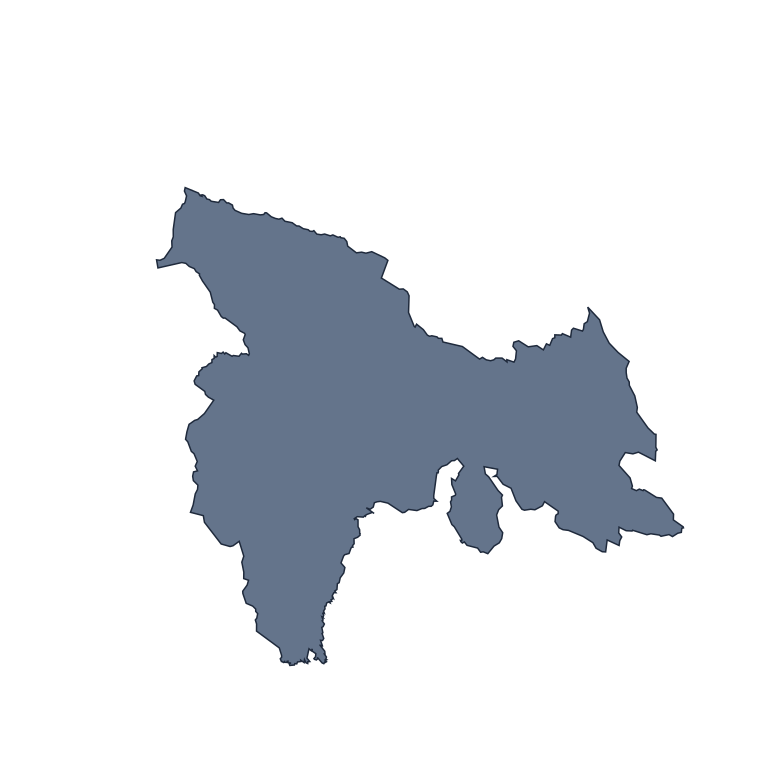 the district of Buncrana Lea-5, Donegal, Ireland, rotated 244°
{"feature_id": "5873133B98241361012994", "entity_name": "Buncrana Lea-5", "entity_type": "district", "adm_level": 2, "iso_a3": "IRL", "parent_name": "Ireland", "parent_adm1": "Donegal", "projection": "equal_earth", "projection_center": [-7.424, 55.085], "detail": "fine", "context": "isolated", "style": "filled", "palette": "slate", "viewbox_px": 768, "rotation_deg": 244, "n_neighbors": 0, "source": "geoboundaries", "source_scale": "gbopen_adm2", "svg_char_len": 6171}
<svg xmlns="http://www.w3.org/2000/svg" viewBox="0 0 768 768"><g transform="rotate(244 384 384)"><path d="M296.8,614.2L309.8,608.2L322.0,604.3L334.7,603.9L347.2,605.9L363.8,600.8L357.6,599.8L350.9,594.1L350.4,590.3L345.7,587.2L344.6,585.6L351.1,578.7L350.2,576.2L344.3,572.3L351.1,566.4L350.2,564.9L353.3,559.1L350.7,557.8L350.9,555.4L346.1,549.9L348.9,547.6L344.8,542.2L351.5,538.2L354.2,529.9L363.8,524.0L364.6,519.0L361.3,516.4L355.8,517.6L348.8,513.2L346.7,510.4L352.0,505.1L349.9,504.2L355.5,501.5L358.3,495.8L357.6,493.3L358.2,490.0L360.9,486.5L364.8,484.2L364.5,480.8L383.3,470.9L395.9,455.4L399.7,456.0L401.2,452.9L403.1,452.3L406.4,448.1L406.9,445.9L408.9,444.4L415.6,443.2L423.5,439.5L421.5,436.9L422.6,436.4L437.5,437.4L452.3,445.2L456.6,445.3L461.0,443.0L462.5,439.3L480.4,428.1L493.4,441.7L497.0,440.0L508.3,431.0L509.5,425.1L512.3,421.7L514.0,416.7L523.8,411.8L528.3,413.0L532.4,412.1L534.4,409.3L535.5,409.2L536.0,407.0L540.4,403.4L540.7,400.7L544.8,396.4L545.7,392.9L548.2,389.3L552.6,388.2L552.5,386.6L553.9,384.3L555.9,383.5L559.0,379.5L563.2,376.9L564.4,374.7L569.2,372.2L573.7,366.3L577.8,365.0L578.2,361.8L580.4,359.0L583.7,356.0L589.3,353.5L590.1,352.2L589.1,350.2L590.2,347.0L594.3,341.4L595.6,336.8L599.8,330.9L605.4,326.2L608.3,325.5L611.3,326.2L614.9,323.7L615.7,322.0L620.1,320.6L621.3,317.8L619.7,314.9L624.0,308.8L626.2,308.0L627.9,305.9L631.8,305.4L633.5,304.0L634.0,302.6L632.6,302.6L633.9,301.2L637.0,300.9L647.7,291.4L644.9,289.2L639.6,289.0L634.9,285.2L633.7,283.8L633.9,281.7L631.2,278.6L629.4,271.8L615.3,262.3L608.6,259.1L605.7,256.0L600.0,253.5L593.3,241.6L593.4,236.9L595.3,234.0L587.4,231.7L581.8,255.5L579.3,258.8L575.0,260.5L570.8,264.1L567.4,264.4L563.8,266.5L562.7,265.7L556.2,266.0L542.7,268.1L532.6,266.0L529.6,266.4L526.4,264.7L523.4,266.8L516.0,267.3L513.7,268.4L512.9,270.1L499.9,276.9L494.9,277.8L490.7,280.9L489.3,280.9L485.4,276.9L480.3,276.4L476.2,277.6L470.2,276.2L469.1,274.9L471.5,273.6L473.0,269.8L474.1,269.4L472.5,265.8L475.7,261.0L475.5,259.6L481.4,255.6L480.8,254.0L483.2,253.4L482.7,251.3L485.3,247.9L481.9,246.1L481.9,244.5L484.0,243.8L481.4,242.5L481.4,240.1L478.7,238.7L478.8,235.3L477.6,232.1L478.4,227.5L477.4,227.3L476.1,223.0L472.8,221.1L473.4,219.2L470.0,214.7L466.5,214.1L455.9,219.7L452.9,219.0L449.1,220.4L444.1,223.9L436.2,209.7L433.8,200.9L434.3,197.9L433.2,191.1L427.4,185.9L421.3,181.4L418.0,182.3L407.9,181.3L404.7,182.7L396.2,182.2L392.9,178.3L387.7,178.3L388.5,174.3L385.0,171.6L380.7,170.3L374.7,172.4L371.0,170.2L368.0,166.2L358.9,159.4L353.5,153.8L344.9,163.9L338.4,162.0L311.6,167.5L305.4,174.4L304.8,177.4L306.1,184.9L290.7,182.5L286.2,178.1L276.3,175.5L270.6,172.6L267.0,176.2L263.3,172.9L259.7,166.2L257.5,165.3L247.3,164.0L242.0,168.6L238.0,170.0L235.8,169.0L233.0,169.8L229.3,167.0L228.3,164.9L224.2,164.3L217.8,161.1L192.7,174.2L185.0,173.0L183.3,172.2L182.5,170.3L178.9,170.1L179.6,170.5L177.8,171.5L178.1,172.8L177.5,172.5L176.1,175.2L177.2,175.4L177.0,176.2L175.6,175.6L173.9,178.1L174.5,176.2L172.3,176.0L170.7,180.3L171.8,181.3L170.7,182.9L172.1,184.4L171.0,187.7L172.2,188.1L168.6,190.1L171.1,191.7L167.6,191.7L166.2,192.9L167.8,193.8L167.1,195.6L171.4,194.6L178.9,200.5L176.1,201.7L177.4,203.4L175.5,202.3L171.5,204.5L168.9,202.9L167.9,200.6L167.0,200.8L165.6,202.3L166.1,203.9L167.5,204.2L160.4,206.1L159.0,207.3L160.6,209.7L159.5,209.3L159.6,210.6L161.7,210.0L161.4,211.6L162.2,211.1L163.8,212.6L167.4,212.0L167.1,212.6L169.8,213.6L176.2,212.2L175.8,212.8L176.8,212.6L175.9,213.9L181.5,214.6L180.4,216.3L181.7,218.3L187.0,219.0L187.2,220.0L192.5,221.4L192.6,222.9L194.4,225.2L198.3,224.6L198.6,225.8L201.4,226.1L200.7,226.8L201.7,226.6L201.2,227.1L202.8,228.6L204.6,228.4L205.1,229.4L204.3,229.9L206.5,230.2L207.7,232.4L210.2,233.3L210.0,234.6L212.3,236.4L212.4,238.5L210.9,239.6L212.2,239.7L211.5,241.8L213.3,241.9L213.3,243.7L214.4,244.0L213.5,244.5L216.5,244.8L218.4,247.4L217.5,249.3L219.5,248.9L219.9,251.6L225.0,254.6L225.1,256.6L229.0,259.7L231.8,265.0L236.2,268.4L242.0,266.9L247.1,272.3L247.8,273.8L247.0,278.3L250.9,282.3L251.5,283.6L251.0,284.5L252.6,285.0L253.5,287.1L258.1,289.2L257.8,293.1L258.6,296.2L260.2,296.8L259.4,297.3L260.4,296.7L263.7,298.2L267.1,298.1L273.3,301.1L275.3,299.8L275.0,298.2L276.0,298.2L276.5,301.8L273.4,307.1L274.0,308.9L273.2,309.3L274.3,310.6L273.7,317.3L272.0,318.4L280.5,313.8L277.5,316.6L278.1,320.4L281.5,323.3L281.2,326.1L280.1,329.3L275.2,335.3L260.3,344.1L259.6,346.3L260.5,351.1L255.8,358.1L255.4,363.6L254.3,366.0L254.5,370.4L253.4,372.8L254.0,375.0L256.9,377.3L255.5,380.1L259.3,378.6L261.9,379.8L278.6,390.9L281.0,392.7L280.4,393.6L281.2,394.4L282.8,395.0L284.5,399.7L283.8,405.2L285.4,411.1L284.3,413.8L284.9,417.3L275.2,419.7L270.9,411.7L269.4,411.4L265.6,405.8L269.5,403.3L263.9,400.9L253.6,400.2L252.7,399.2L252.9,395.2L250.1,393.9L248.9,392.1L244.0,390.7L240.6,387.4L240.0,384.1L227.9,383.4L224.9,384.6L210.4,385.9L209.3,385.3L210.0,384.1L208.5,384.0L206.7,384.7L206.8,387.0L202.6,387.9L195.5,396.2L190.4,397.1L189.7,399.6L186.0,402.9L190.1,411.9L190.7,418.0L193.4,422.0L198.3,425.5L205.0,424.6L216.9,427.8L220.8,432.0L222.5,437.0L230.6,439.9L232.2,441.8L238.3,439.8L254.7,437.4L258.8,435.7L265.8,437.7L257.6,448.7L253.1,445.8L252.7,442.3L251.4,445.2L241.7,447.1L234.6,452.5L221.1,451.4L211.0,453.0L209.0,454.9L207.1,461.0L204.8,464.5L205.1,473.0L207.9,476.7L193.4,484.8L191.1,483.7L190.9,481.4L189.9,480.2L185.3,477.4L177.9,478.4L174.6,481.0L171.5,485.7L159.7,496.1L149.8,502.2L143.4,502.6L137.6,506.6L135.9,509.6L146.0,516.2L135.8,524.5L139.8,527.2L142.3,530.6L147.3,529.7L152.3,532.5L146.0,537.3L143.1,542.6L143.6,543.3L133.3,554.2L132.4,558.2L127.5,565.3L125.7,566.2L123.7,574.2L120.4,576.4L121.1,582.6L120.3,586.2L123.8,588.4L123.4,590.1L124.4,590.3L135.0,584.5L140.1,587.2L159.7,583.6L162.6,579.2L174.5,571.8L175.1,571.0L174.6,570.1L177.6,567.4L177.5,564.1L181.5,560.7L183.3,562.5L191.7,564.0L207.8,559.5L211.3,562.2L216.6,570.8L212.1,577.1L211.2,582.8L196.0,594.2L204.4,598.7L205.0,600.6L208.0,600.6L219.5,606.4L220.5,605.0L228.8,602.0L247.9,598.8L251.8,601.4L263.4,604.2L275.2,603.9L278.4,605.3L282.8,605.0L288.1,606.7L292.0,608.6L296.8,614.2Z" fill="#64748b" stroke="#1e293b" stroke-width="1.5"/></g></svg>